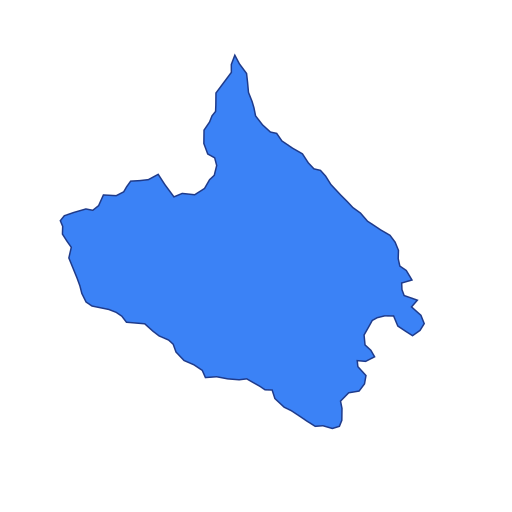 Aparecida d'Oeste, São Paulo, Brazil (Robinson projection), rotated 309°
{"feature_id": "56859067B28943680298360", "entity_name": "Aparecida d'Oeste", "entity_type": "district", "adm_level": 2, "iso_a3": "BRA", "parent_name": "Brazil", "parent_adm1": "São Paulo", "projection": "robinson", "projection_center": [-50.917, -20.479], "detail": "fine", "context": "isolated", "style": "filled", "palette": "blue", "viewbox_px": 512, "rotation_deg": 309, "n_neighbors": 0, "source": "geoboundaries", "source_scale": "gbopen_adm2", "svg_char_len": 1831}
<svg xmlns="http://www.w3.org/2000/svg" viewBox="0 0 512 512"><g transform="rotate(309 256 256)"><path d="M389.3,116.3L383.2,121.3L357.5,122.3L347.9,129.9L342.9,133.6L337.3,133.6L330.9,135.6L321.1,136.4L310.6,144.7L304.9,154.3L306.3,162.1L301.6,168.5L292.4,172.8L286.1,171.9L276.1,173.5L265.0,169.8L258.2,159.3L250.3,155.0L254.1,140.3L257.9,128.6L247.6,124.3L241.5,118.3L235.3,111.5L228.4,111.9L222.6,112.8L214.9,109.4L207.4,99.0L196.1,102.0L188.8,100.4L185.5,94.2L175.3,87.1L166.7,81.7L160.3,81.7L157.4,87.1L151.2,91.8L148.6,99.6L146.5,107.0L136.7,111.8L126.2,130.9L122.0,137.9L117.3,144.2L113.3,152.9L113.9,160.0L121.8,175.2L124.2,182.7L124.8,189.6L123.0,197.0L128.9,205.7L133.3,212.2L132.7,223.2L132.9,231.0L135.7,241.0L135.3,247.2L131.0,254.3L129.5,265.8L132.4,276.3L133.3,286.2L129.7,293.2L137.4,301.4L142.7,311.3L149.2,320.8L154.7,326.1L155.8,333.0L157.1,340.5L157.7,347.2L162.0,352.9L157.1,360.4L156.2,373.0L158.0,380.8L159.1,391.9L159.7,399.4L160.9,409.2L166.2,414.8L170.0,423.9L176.1,428.0L182.3,426.1L191.7,418.7L196.4,413.0L208.0,414.1L215.9,421.1L224.9,420.8L232.3,416.7L234.1,404.8L238.4,400.5L243.1,407.5L252.3,411.6L255.0,404.6L255.5,396.7L262.6,389.7L271.7,388.2L279.1,386.9L284.3,389.0L290.5,393.7L296.0,400.7L290.8,410.3L291.7,420.0L292.6,427.8L301.4,430.3L309.3,429.3L313.7,421.5L314.3,408.9L323.2,409.2L318.5,396.0L321.7,390.6L326.7,386.2L335.5,392.3L339.3,381.9L338.7,374.1L343.4,368.2L350.0,363.2L354.3,355.4L356.4,347.1L354.7,336.3L354.0,328.5L353.2,320.8L355.1,310.2L354.6,300.7L355.7,292.7L356.7,283.2L358.7,269.1L361.9,259.8L363.1,252.2L360.2,246.2L361.3,238.0L364.6,227.8L362.8,216.6L361.7,203.7L364.3,194.9L361.4,189.2L362.0,178.6L364.6,167.5L369.9,161.1L373.5,155.9L378.4,147.2L385.5,140.3L391.9,133.8L394.9,122.1L398.7,113.2L389.3,116.3Z" fill="#3b82f6" stroke="#1e3a8a" stroke-width="1.5"/></g></svg>